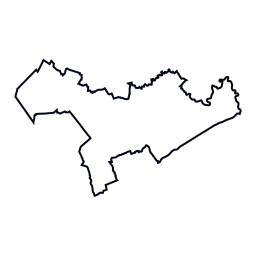 the district of Vinh Loi, Bạc Liêu, Vietnam
{"feature_id": "81297802B93911642889100", "entity_name": "Vinh Loi", "entity_type": "district", "adm_level": 2, "iso_a3": "VNM", "parent_name": "Vietnam", "parent_adm1": "Bạc Liêu", "projection": "robinson", "projection_center": [105.726, 9.343], "detail": "fine", "context": "isolated", "style": "outline", "palette": "ink", "viewbox_px": 256, "rotation_deg": 0, "n_neighbors": 0, "source": "geoboundaries", "source_scale": "gbopen_adm2", "svg_char_len": 5644}
<svg xmlns="http://www.w3.org/2000/svg" viewBox="0 0 256 256"><path d="M205.9,130.7L214.1,125.5L216.6,124.4L219.1,123.0L222.8,121.8L225.2,120.5L228.0,119.4L232.5,117.8L234.6,116.3L236.4,114.2L237.2,113.6L238.4,113.5L239.7,114.0L240.6,111.2L240.6,110.2L240.0,109.4L239.1,109.0L238.7,108.7L238.3,108.0L238.1,106.8L238.5,104.3L238.5,103.3L238.0,102.6L236.7,101.5L236.3,100.9L235.3,97.4L235.4,96.7L235.9,96.2L238.1,95.5L238.3,94.9L238.2,94.2L237.9,93.8L237.4,93.4L236.6,93.3L235.7,93.5L235.2,93.3L235.0,92.7L235.5,91.3L235.4,90.8L235.2,90.4L234.8,90.2L233.1,90.4L232.7,90.1L232.4,89.7L231.9,88.7L231.8,88.0L232.2,85.2L231.8,83.5L231.1,81.9L230.5,81.2L229.8,81.0L228.5,81.3L228.1,81.2L227.9,80.9L227.7,80.3L227.7,79.9L228.2,78.4L228.3,77.8L228.2,77.4L227.8,77.0L227.0,77.0L225.8,77.6L224.7,79.1L224.0,79.8L222.9,79.9L220.5,79.5L220.0,79.6L219.6,80.1L219.5,81.1L219.9,81.6L220.6,81.6L221.5,81.0L221.9,80.9L222.3,81.1L222.5,81.6L221.7,86.3L221.3,87.0L220.5,87.6L218.3,88.6L217.8,88.7L217.4,88.5L216.8,87.3L216.4,86.9L215.0,86.7L212.9,85.5L212.6,85.6L212.2,85.9L212.1,86.3L212.1,88.3L213.1,91.8L213.1,92.6L211.8,94.4L211.6,95.0L211.2,97.2L210.9,98.0L210.3,98.4L207.5,99.0L207.2,99.3L206.9,99.9L207.0,100.9L207.5,101.6L208.3,102.3L209.5,102.4L210.0,103.1L210.0,104.3L209.7,104.8L209.0,105.3L205.9,105.0L204.2,104.5L203.6,104.1L202.6,103.1L201.5,100.8L201.1,100.4L198.5,101.3L196.4,101.7L195.6,101.4L194.6,99.7L194.4,99.5L192.7,99.6L192.0,99.4L190.8,98.3L190.2,97.5L189.8,96.8L189.8,96.2L190.3,94.7L190.3,94.1L189.9,93.8L189.1,93.8L187.5,94.6L186.5,94.8L185.8,93.4L185.7,92.4L184.6,92.1L184.0,91.0L183.3,90.3L182.6,89.8L182.3,88.8L181.2,88.5L181.2,88.3L181.5,87.3L181.5,86.4L180.2,86.3L185.3,80.7L186.4,80.2L183.5,78.5L182.8,78.6L182.0,78.4L181.4,78.7L176.7,71.1L174.5,73.2L173.4,72.4L172.9,71.8L172.4,72.5L171.9,72.7L170.1,71.5L169.7,70.8L169.5,69.7L169.3,69.5L168.9,69.4L168.6,69.5L168.5,69.8L168.5,70.2L168.8,70.9L168.7,71.3L168.0,71.5L167.1,72.1L166.2,72.9L165.9,72.9L165.6,72.7L165.4,72.0L165.1,71.9L164.4,72.4L164.4,73.0L164.2,73.3L163.2,73.6L162.1,72.6L161.9,71.6L161.4,71.9L161.2,72.1L161.2,72.4L162.2,74.1L161.9,75.3L161.6,75.4L161.0,75.4L159.5,74.7L158.4,75.6L157.8,75.6L157.6,75.8L157.6,76.6L157.7,76.9L158.4,77.2L158.4,77.6L157.7,78.0L156.7,77.8L156.3,78.0L155.6,78.7L155.2,80.0L154.7,80.5L154.1,80.6L153.7,80.5L153.6,80.2L153.4,79.4L153.2,79.0L152.3,79.3L151.3,79.3L151.3,79.9L151.8,80.9L151.9,81.5L151.9,82.5L151.6,83.4L151.8,84.3L151.7,84.6L150.8,84.8L149.9,84.4L148.9,84.4L148.2,85.4L147.7,85.7L146.6,85.4L146.3,85.0L145.1,84.2L144.0,85.4L144.0,86.6L142.2,86.5L141.6,88.7L139.4,87.1L139.2,87.8L136.3,88.0L135.7,87.7L135.4,87.2L135.3,86.3L135.0,85.7L134.3,85.3L133.2,85.6L132.6,85.2L131.6,83.2L131.6,82.6L128.2,83.4L130.3,85.2L129.7,88.2L129.6,92.6L129.8,93.8L129.7,94.1L129.4,94.1L128.4,98.8L126.7,99.2L125.6,99.1L124.3,98.8L122.4,97.9L121.1,97.9L120.0,97.3L118.7,97.3L118.4,97.1L113.8,98.6L111.7,93.5L109.8,94.3L109.3,94.3L108.1,93.7L104.9,88.3L102.9,89.5L102.5,89.4L101.4,89.8L99.1,89.7L98.3,89.8L95.7,91.1L94.8,91.3L95.0,91.8L92.7,92.7L92.4,92.0L92.0,92.2L91.8,91.8L91.0,92.2L90.0,90.5L88.0,90.9L88.2,87.1L88.0,86.8L87.3,86.7L87.2,86.1L86.3,84.5L85.3,84.7L83.9,85.5L82.4,85.6L82.0,85.4L82.0,85.1L81.7,85.0L80.0,84.6L79.5,83.7L78.5,83.7L81.0,79.5L81.5,79.5L81.6,78.8L81.8,77.7L81.5,76.4L81.8,75.1L79.8,74.4L79.9,73.1L69.2,69.7L67.7,68.8L66.5,68.6L66.2,68.8L65.3,71.1L65.2,72.4L64.6,73.8L62.9,75.3L62.4,74.0L61.3,74.3L60.6,72.8L59.9,70.8L57.9,70.4L56.6,69.7L55.2,68.2L53.4,66.7L53.9,63.6L52.7,62.4L51.7,61.1L51.3,60.9L49.6,64.1L45.5,61.4L43.5,60.2L40.2,66.9L37.7,71.7L36.2,69.7L17.3,89.0L17.3,89.5L15.4,96.6L33.5,122.4L33.7,120.2L34.2,119.0L34.4,117.0L34.4,115.6L34.7,115.2L35.7,115.0L35.9,114.6L35.7,114.2L35.9,114.0L38.3,113.8L44.6,113.6L53.7,112.8L56.7,110.1L56.7,110.7L57.1,111.7L57.2,112.6L58.4,112.6L60.1,113.6L62.3,112.5L63.4,112.2L64.6,111.6L65.0,111.5L65.5,112.2L65.8,112.3L67.0,112.4L68.6,112.2L69.4,111.4L71.3,113.6L80.1,124.7L82.7,128.3L86.9,133.7L88.9,136.0L90.5,138.3L80.7,146.8L79.4,151.1L79.3,151.8L79.5,152.4L80.1,153.4L80.4,154.3L81.4,156.1L81.5,156.8L82.4,158.5L82.8,160.1L83.7,161.5L83.6,162.2L81.7,164.9L87.0,166.7L87.7,167.8L89.4,172.8L89.7,175.1L90.1,175.6L90.1,176.9L89.7,177.4L89.8,178.1L90.1,178.7L91.0,179.6L91.2,179.9L91.1,180.5L91.3,181.5L90.6,182.8L90.7,183.5L91.0,184.5L91.8,185.3L92.3,186.8L92.3,187.8L92.6,188.5L92.6,189.7L92.9,191.9L93.1,192.2L93.7,192.8L94.0,193.4L94.2,194.8L94.6,195.7L94.7,195.8L97.9,194.4L98.8,193.3L99.6,193.3L100.3,192.8L101.0,192.6L102.7,193.0L103.4,191.1L103.6,190.8L106.7,189.6L105.6,185.0L117.2,180.3L116.6,179.7L116.2,178.4L116.1,177.7L115.5,176.6L115.7,175.3L115.2,174.7L115.0,173.9L114.6,173.5L114.7,172.4L113.5,171.4L113.2,170.5L112.8,170.0L113.0,168.4L112.7,166.8L112.2,165.7L109.3,162.0L110.4,161.7L111.8,161.9L111.2,159.1L111.4,158.6L111.8,157.9L116.2,157.3L116.7,156.7L117.5,156.4L118.2,155.5L118.8,155.6L119.9,155.0L121.0,154.9L122.3,154.2L123.4,154.0L124.7,153.1L126.0,153.1L127.1,152.0L129.0,151.4L130.3,151.1L131.3,153.9L135.1,152.6L135.0,151.9L137.6,150.8L137.8,151.2L138.8,151.1L138.9,152.1L140.4,151.5L141.6,151.5L141.8,151.3L142.2,149.8L143.3,148.1L143.7,147.8L144.3,147.8L145.3,146.8L145.5,146.5L145.8,145.5L146.7,145.3L147.7,146.2L148.5,146.6L149.2,147.6L149.9,150.9L150.6,152.8L151.0,152.8L151.2,153.1L156.6,160.6L157.4,161.4L157.9,161.1L158.2,161.5L158.0,162.8L158.7,162.6L159.4,162.3L159.9,161.9L161.0,159.7L162.4,158.1L163.1,157.7L165.2,157.0L166.6,156.0L168.0,155.4L169.2,154.4L171.3,151.9L173.1,150.4L174.4,149.8L176.6,149.5L177.4,149.2L179.8,146.8L180.7,146.2L184.9,143.7L201.0,133.6L205.9,130.7Z" fill="none" stroke="#020617" stroke-width="2"/></svg>